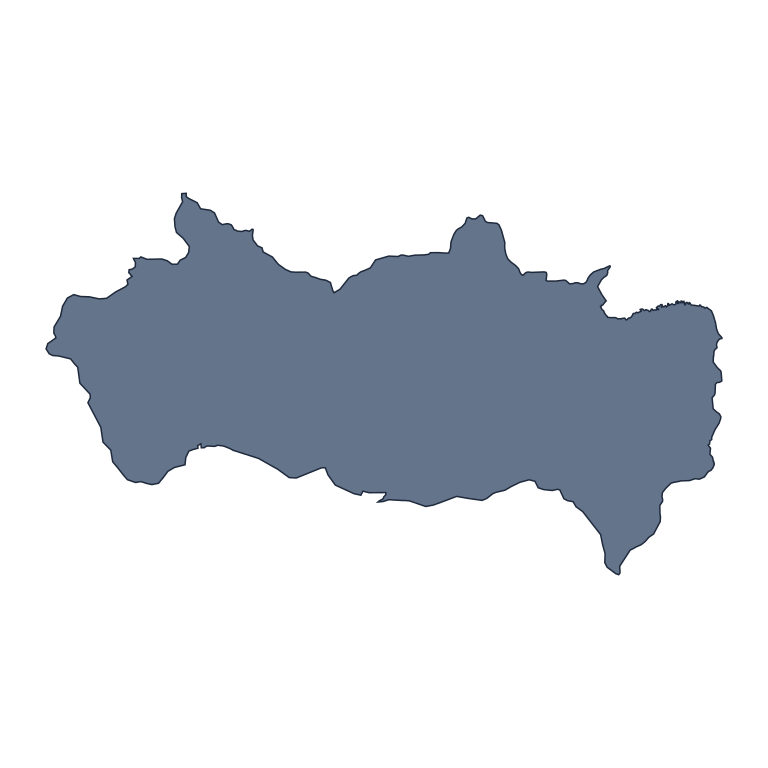 Rejang Lebong, Bengkulu, Indonesia (orthographic projection)
{"feature_id": "22746128B47928451075254", "entity_name": "Rejang Lebong", "entity_type": "district", "adm_level": 2, "iso_a3": "IDN", "parent_name": "Indonesia", "parent_adm1": "Bengkulu", "projection": "orthographic", "projection_center": [102.767, -3.438], "detail": "fine", "context": "isolated", "style": "filled", "palette": "slate", "viewbox_px": 768, "rotation_deg": 0, "n_neighbors": 0, "source": "geoboundaries", "source_scale": "gbopen_adm2", "svg_char_len": 6096}
<svg xmlns="http://www.w3.org/2000/svg" viewBox="0 0 768 768"><path d="M127.4,479.7L135.6,482.5L140.8,481.6L146.9,483.5L151.9,484.6L158.5,483.3L163.3,477.5L167.9,471.3L174.6,467.4L185.0,464.8L185.8,457.5L188.9,451.1L192.8,449.6L198.0,448.2L197.7,445.6L200.9,443.8L201.3,447.8L204.4,447.7L206.1,446.3L208.1,446.0L214.5,446.4L216.1,446.0L216.8,445.4L219.0,445.4L223.8,446.1L229.6,448.4L232.3,449.8L232.8,450.2L258.5,458.4L277.8,469.3L289.2,477.6L296.3,478.0L321.5,467.8L325.3,467.8L328.0,474.9L335.3,485.1L354.0,493.7L360.9,495.2L362.9,491.2L369.0,492.7L385.8,492.6L385.8,494.8L383.8,496.8L383.3,498.5L382.2,499.3L379.4,500.8L378.0,502.0L383.3,501.5L388.7,499.7L402.2,500.5L404.9,500.5L409.5,500.9L425.8,506.5L433.6,505.0L445.3,500.7L456.6,496.4L468.1,498.4L482.1,500.4L486.0,498.8L487.1,498.2L492.8,493.7L495.8,492.4L505.0,490.2L511.3,486.5L519.9,482.3L529.1,479.8L535.0,481.3L538.2,487.8L543.7,489.6L549.4,490.2L552.3,490.5L557.5,489.3L559.8,489.9L563.9,498.7L567.6,500.7L573.1,501.7L576.1,506.8L582.7,511.6L600.6,534.6L602.7,545.0L605.1,553.6L604.8,562.7L607.2,567.3L615.8,573.7L618.7,574.7L619.9,573.2L620.0,571.4L619.7,566.2L630.2,550.1L634.0,548.2L635.9,547.0L640.8,544.9L641.7,544.3L645.2,541.5L648.9,537.2L653.6,534.0L660.2,521.6L660.5,516.8L660.0,514.0L659.8,506.0L660.2,504.9L662.6,501.3L662.6,499.2L662.0,497.0L662.3,493.1L662.8,492.1L665.6,488.5L671.0,483.2L674.0,482.3L679.6,481.3L680.8,480.9L689.5,480.6L695.1,478.7L699.3,479.2L704.5,476.9L705.5,475.3L706.2,474.6L706.9,473.3L707.8,472.3L708.7,471.4L710.9,470.4L712.8,468.0L714.2,464.7L714.1,464.3L714.3,463.9L713.7,461.7L713.5,461.8L712.5,457.2L709.9,454.2L710.5,448.2L708.1,445.2L709.6,444.0L709.9,440.8L711.7,439.6L711.7,437.2L715.0,429.7L719.1,423.2L720.6,418.8L720.9,416.8L719.4,413.9L716.3,411.7L713.2,408.8L712.1,397.8L714.6,394.8L715.1,392.6L715.4,384.4L716.8,382.6L719.5,382.3L721.8,381.0L721.2,372.7L720.7,370.9L717.3,367.6L713.2,362.0L713.4,356.2L713.7,356.1L714.0,351.4L715.1,349.3L716.8,348.1L717.0,347.5L716.5,344.9L716.6,343.7L716.9,342.9L718.2,340.6L719.1,339.5L719.5,339.0L721.9,338.5L721.9,337.6L718.4,333.7L716.6,329.1L715.5,322.7L713.3,315.3L711.4,310.8L708.2,308.5L707.1,307.5L706.7,307.4L705.1,308.1L704.6,308.0L703.9,307.1L701.4,306.6L700.6,305.3L700.1,305.0L699.8,305.0L699.2,306.0L698.4,306.0L693.5,305.2L691.8,305.2L691.3,305.0L689.6,302.6L689.2,302.6L688.9,304.0L688.7,304.1L688.3,303.9L687.2,302.5L686.3,302.5L685.9,302.8L685.4,304.6L684.8,304.8L683.9,301.3L683.4,301.4L683.3,302.4L683.0,302.7L682.6,302.7L681.7,301.1L681.1,301.1L681.1,302.6L680.9,302.8L680.7,302.8L679.2,301.9L678.9,301.9L678.7,302.2L678.6,303.3L678.4,303.5L677.6,303.2L677.8,301.2L677.6,300.8L677.4,300.8L676.0,301.8L675.8,302.3L676.0,303.8L675.4,304.5L673.5,304.7L672.3,303.9L671.8,303.9L669.6,305.2L669.3,305.0L668.5,303.6L667.9,303.5L667.6,304.3L668.0,305.5L666.3,306.9L665.7,305.8L665.3,305.7L664.1,306.7L663.7,306.8L662.8,306.2L661.8,307.1L661.7,306.8L662.2,305.0L661.9,304.6L661.3,304.5L660.6,304.7L659.6,306.0L659.2,306.2L658.3,306.0L657.8,306.3L656.4,307.6L656.4,308.0L658.5,309.1L658.6,309.4L658.3,309.7L656.8,309.3L655.9,310.2L654.6,309.8L653.1,310.4L652.0,309.0L651.4,309.2L650.2,311.4L649.5,311.6L648.5,310.6L646.3,309.7L645.9,309.7L644.6,310.5L644.1,310.4L642.5,309.0L640.3,309.3L640.1,309.5L640.2,309.8L641.1,310.5L641.2,311.2L637.8,312.8L636.7,312.3L636.3,312.3L634.8,313.5L633.5,313.4L633.1,313.7L632.0,316.0L631.1,317.2L630.2,317.7L628.5,318.2L626.6,319.9L625.9,319.7L624.7,318.1L621.7,318.5L621.2,319.0L620.2,318.7L617.9,318.9L615.6,317.6L610.3,317.6L607.6,317.3L607.3,316.3L606.6,316.0L604.5,313.0L603.6,310.8L601.9,309.3L600.5,306.5L601.4,306.0L601.3,305.4L601.5,305.2L602.1,305.3L603.1,304.7L604.0,303.3L604.7,302.6L605.6,301.3L606.2,300.9L601.9,294.7L597.6,286.6L601.5,279.7L604.0,277.3L606.7,275.5L607.7,272.9L607.6,270.6L610.1,267.0L610.2,266.1L609.5,265.9L603.8,268.6L600.6,269.3L593.6,272.0L590.3,274.9L588.0,278.1L587.1,280.5L586.0,282.3L583.7,283.7L581.1,283.9L577.7,282.7L574.9,282.8L573.4,283.5L569.7,283.9L565.8,280.5L564.0,280.1L555.6,281.1L547.4,281.1L546.1,280.4L546.8,274.3L546.2,272.4L544.0,271.9L531.7,272.4L527.9,272.0L525.8,272.6L522.9,275.3L521.1,274.2L519.9,272.1L518.6,268.7L515.7,265.6L511.1,262.2L507.7,258.7L505.8,253.9L504.7,248.2L504.8,242.5L501.5,230.4L499.0,224.9L496.9,223.3L487.4,222.5L485.4,221.3L482.6,215.7L480.2,215.1L475.7,218.9L472.0,218.9L468.7,217.3L467.1,217.8L466.7,218.6L465.1,223.4L461.8,226.9L458.0,229.0L456.2,230.6L453.9,234.3L451.0,241.9L450.5,248.4L448.7,253.0L445.3,253.1L438.3,252.6L430.4,252.7L428.6,254.3L424.3,254.9L414.5,255.2L408.4,256.3L403.2,255.1L400.9,255.1L398.1,256.5L388.8,256.1L375.6,259.9L370.4,267.8L365.4,270.1L360.7,271.9L358.2,273.7L357.0,275.2L353.3,275.6L350.8,276.8L348.8,278.1L339.9,289.3L334.2,292.6L333.9,292.2L333.7,292.3L332.7,290.3L330.4,282.5L325.9,280.2L320.0,279.2L316.4,277.8L311.9,276.5L310.7,276.0L308.3,273.2L305.7,272.1L295.6,272.2L291.0,271.9L285.4,269.4L278.4,264.4L272.4,257.0L263.2,252.0L262.0,247.8L257.6,245.9L253.1,240.0L252.4,235.3L253.2,229.9L252.8,229.3L252.1,229.2L249.4,231.3L246.1,230.4L244.4,230.6L241.9,231.5L237.0,231.0L236.0,230.2L234.2,229.8L232.1,226.0L231.2,224.8L228.8,223.9L226.9,223.7L222.4,224.6L221.9,224.4L218.6,222.1L214.5,212.9L210.2,210.2L200.6,208.8L197.2,202.7L188.8,198.5L186.2,196.5L186.2,193.3L181.8,193.6L181.6,197.5L182.6,201.8L176.2,213.1L174.4,218.8L175.0,226.8L176.5,232.5L183.2,238.3L189.3,246.5L188.6,252.6L185.6,257.5L180.1,260.2L177.4,264.2L171.9,264.2L167.4,260.8L161.9,259.0L147.0,259.3L140.9,256.9L139.1,258.4L133.4,258.4L135.5,262.7L135.2,266.9L132.4,269.1L129.1,269.7L128.8,272.7L130.6,274.5L130.6,274.9L132.1,276.4L127.0,280.0L127.9,284.3L125.5,286.7L115.7,291.9L106.6,298.3L99.3,298.9L89.3,296.8L80.5,296.5L73.8,294.6L67.4,298.0L62.6,306.2L60.5,316.3L54.1,326.9L53.8,333.0L55.6,336.3L55.6,337.9L56.5,337.5L47.8,343.6L46.1,348.9L49.2,353.8L52.6,355.5L58.7,356.0L70.6,358.9L74.8,364.2L77.7,367.2L79.9,383.2L90.1,394.2L90.3,397.8L87.9,402.7L100.8,427.3L103.0,442.1L110.8,450.2L112.7,461.8L117.5,467.5L123.5,475.2L127.4,479.7Z" fill="#64748b" stroke="#1e293b" stroke-width="1.5"/></svg>